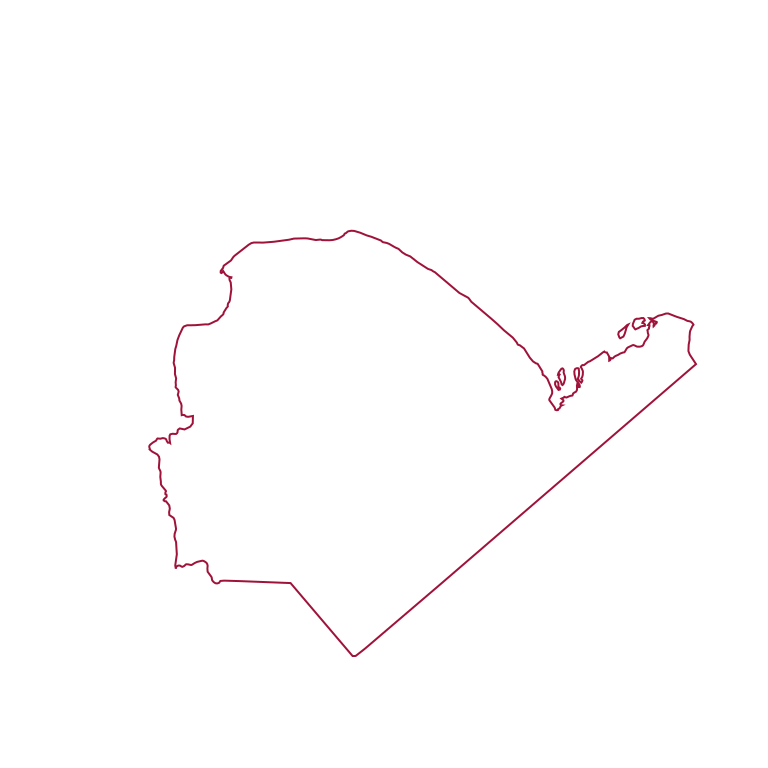 the border of Buenos Aires, rotated 231°
{"feature_id": "ARG-1295", "entity_name": "Buenos Aires", "entity_type": "Federal District", "adm_level": 1, "iso_a3": "ARG", "parent_name": "Argentina", "parent_adm1": "", "projection": "albers", "projection_center": [-60.531, -37.151], "detail": "fine", "context": "isolated", "style": "outline", "palette": "rose", "viewbox_px": 768, "rotation_deg": 231, "n_neighbors": 0, "source": "natural_earth", "source_scale": "10m", "svg_char_len": 6170}
<svg xmlns="http://www.w3.org/2000/svg" viewBox="0 0 768 768"><g transform="rotate(231 384 384)"><path d="M577.7,348.5L577.4,366.4L577.0,369.5L575.9,371.8L569.7,379.4L563.8,388.0L555.9,401.0L553.7,405.5L547.1,414.1L545.1,416.3L538.8,421.6L536.4,425.3L535.8,425.9L534.8,426.4L530.1,432.0L528.3,434.6L526.9,437.4L525.8,440.3L525.2,443.3L524.9,446.4L525.6,448.1L525.2,449.5L525.3,451.6L525.1,452.4L523.7,455.0L521.7,457.2L516.4,460.8L510.5,464.0L506.4,466.8L497.5,471.9L495.6,472.2L494.8,472.5L491.9,474.9L489.8,476.1L483.0,478.7L479.9,480.3L474.9,481.0L470.8,482.4L466.6,484.7L457.6,486.7L445.8,490.6L442.6,492.6L440.9,493.0L438.9,493.9L407.2,499.9L398.1,503.7L396.8,503.8L393.0,503.6L367.7,508.4L358.9,509.9L350.3,511.0L338.9,513.3L332.7,513.3L330.6,512.8L329.9,513.0L328.7,513.9L323.5,515.2L312.8,513.9L307.8,514.0L304.2,515.2L303.7,515.7L302.8,516.1L294.1,515.0L293.4,514.3L292.4,514.0L291.5,513.2L291.0,513.2L290.0,513.7L287.7,514.2L285.1,514.2L274.6,511.2L272.6,510.2L270.9,508.8L269.8,506.7L268.8,504.1L268.1,502.8L267.3,502.3L258.3,501.8L256.1,500.9L254.9,501.7L254.3,502.8L254.9,503.5L254.6,505.0L255.7,507.7L255.4,508.9L256.1,508.2L256.9,508.2L257.5,508.6L257.7,509.6L257.6,512.2L257.8,512.7L258.4,513.2L261.0,512.7L260.3,515.1L260.5,516.1L259.1,516.9L258.6,517.5L257.9,520.1L257.4,521.6L256.6,522.8L256.5,523.3L257.6,525.0L257.6,526.3L257.2,528.5L257.7,529.8L258.7,531.0L261.2,532.8L262.3,534.1L260.8,533.9L259.3,533.2L258.5,534.1L259.0,534.8L260.3,535.4L261.6,535.6L265.9,535.7L267.2,536.0L271.6,538.1L274.0,539.8L275.3,541.7L275.3,542.5L275.1,543.4L274.7,544.1L274.2,544.7L273.5,545.0L273.1,544.9L272.3,544.2L271.2,543.7L268.0,540.9L266.9,539.4L266.2,538.0L265.7,537.7L265.0,538.0L264.0,537.7L260.9,538.1L261.2,539.4L261.6,540.0L262.0,540.5L264.0,540.5L264.8,542.6L265.9,544.1L268.2,546.2L269.2,546.8L271.9,547.5L273.3,547.6L273.6,547.9L273.9,549.5L273.7,550.3L273.1,550.9L272.8,551.6L272.7,556.6L272.1,558.2L270.9,567.9L270.8,574.2L270.6,575.5L270.3,575.4L268.4,576.6L268.2,577.0L264.0,576.3L262.8,575.6L260.4,573.7L260.2,574.5L260.4,575.2L261.6,576.6L260.3,577.3L260.0,577.9L260.2,580.5L260.0,581.8L259.3,584.3L259.0,586.8L258.0,589.7L257.5,590.4L257.4,591.1L258.9,595.2L258.9,596.7L257.9,600.8L257.5,602.2L256.3,603.0L253.9,604.1L253.0,605.1L252.0,606.3L251.3,607.8L251.0,609.2L251.3,610.3L252.9,613.3L253.9,617.5L254.4,618.2L254.4,618.5L255.3,620.1L255.8,620.5L257.5,621.1L259.4,622.3L260.0,622.5L260.2,622.8L260.2,624.5L260.4,624.9L261.2,625.5L261.8,626.6L262.6,627.3L263.6,626.3L264.4,629.5L264.4,631.3L263.5,632.2L260.9,631.7L259.8,630.2L259.2,629.8L259.3,631.0L260.2,632.7L260.1,633.3L259.7,633.7L260.2,634.8L260.6,635.0L264.8,632.4L266.4,631.7L268.2,631.6L267.5,632.4L265.6,633.9L265.2,634.8L264.4,640.2L262.8,643.4L261.4,647.3L260.0,649.2L252.1,653.7L245.7,657.9L242.1,659.5L240.2,661.1L239.2,661.7L238.0,661.9L236.6,662.0L235.3,661.8L234.9,660.0L232.7,655.6L231.9,654.5L228.6,651.3L225.9,649.2L222.9,645.6L218.6,641.8L217.8,641.2L214.3,640.1L203.1,639.0L192.9,302.7L190.3,202.6L190.5,190.8L192.4,188.4L220.9,187.7L288.1,186.1L321.3,148.2L331.8,136.0L333.9,132.9L333.3,130.7L333.9,129.0L334.9,127.9L335.6,127.5L337.1,127.0L339.0,126.9L340.0,127.1L342.2,128.4L343.0,128.5L349.1,128.8L351.7,130.6L353.8,132.6L355.3,133.3L356.7,133.5L357.6,133.3L359.3,132.8L360.7,132.0L361.2,131.3L363.4,126.7L364.0,124.2L364.4,120.9L364.6,120.4L364.8,120.1L367.3,118.1L368.3,116.9L368.5,116.4L368.3,114.4L368.7,112.4L369.2,111.9L371.3,111.1L372.0,110.4L372.5,109.5L372.7,108.5L372.6,107.5L371.5,106.0L374.4,107.6L382.0,115.8L392.1,123.0L394.4,123.7L397.3,125.1L399.3,127.0L401.6,130.5L402.4,131.3L410.2,135.7L412.4,136.2L417.3,134.7L419.7,136.4L421.9,139.1L424.8,140.7L430.0,140.8L430.8,139.9L432.2,139.5L432.6,139.7L433.0,140.8L433.1,141.8L433.1,143.5L433.3,144.2L434.3,145.0L434.9,145.3L435.8,144.8L436.1,144.8L437.4,146.0L437.8,147.0L438.4,147.3L444.5,147.2L446.1,147.4L447.3,148.1L448.3,149.0L452.6,151.7L455.7,154.6L456.8,155.3L459.7,156.0L460.7,156.4L466.7,162.1L469.1,163.4L471.9,163.5L477.3,161.3L480.4,160.7L480.4,161.0L481.6,161.4L483.0,162.1L483.4,162.5L483.9,163.6L484.0,165.0L483.9,168.1L483.4,171.2L484.1,172.9L484.2,173.7L482.2,175.8L481.3,177.8L480.4,178.8L479.2,179.6L478.1,179.9L476.5,179.3L474.4,179.1L473.5,180.4L472.7,180.6L476.1,182.6L478.8,184.9L479.4,186.3L478.3,188.5L476.9,189.9L476.0,191.1L476.0,192.1L476.4,193.1L477.9,194.6L478.1,195.2L478.0,197.3L474.2,200.4L472.8,206.6L473.8,210.6L479.4,215.4L481.7,211.2L483.3,209.7L485.4,209.4L486.7,208.1L487.1,207.2L491.7,210.4L494.3,212.9L496.4,214.0L499.9,214.6L501.7,215.8L505.3,216.9L507.3,219.6L508.9,220.3L512.2,220.0L512.8,220.1L513.9,221.4L516.5,223.2L519.2,226.0L523.3,227.8L528.1,231.8L532.8,233.8L534.7,236.0L537.0,238.0L542.5,243.8L544.5,246.7L548.1,251.1L550.7,255.5L554.4,263.2L554.6,265.0L553.5,268.0L548.8,273.9L542.7,282.8L540.9,284.9L540.1,287.5L539.0,292.3L538.3,294.5L539.2,300.0L539.2,302.0L539.5,303.4L540.5,304.4L542.2,309.4L542.4,310.9L542.6,311.5L543.6,312.1L544.8,313.6L545.1,315.2L545.9,316.7L553.6,324.9L559.4,328.8L561.9,329.4L563.2,330.2L563.7,331.1L562.6,332.1L563.0,332.6L564.1,331.6L565.3,330.8L567.8,329.9L569.2,329.7L572.9,330.1L572.4,328.4L572.6,327.4L573.4,327.2L574.6,328.2L575.5,332.0L576.8,333.9L576.3,342.8L577.5,346.8L577.7,348.5ZM269.3,613.6L270.7,613.8L272.6,613.8L274.1,615.3L276.2,619.2L275.8,621.3L274.2,623.3L273.2,625.6L272.0,627.1L270.5,627.2L269.2,626.6L269.5,624.5L268.9,623.2L267.4,624.2L265.9,624.2L265.0,623.3L265.9,622.1L267.0,620.0L267.3,617.2L268.3,613.7L269.3,613.6ZM281.5,525.3L281.7,525.0L282.1,525.5L283.0,527.0L284.0,530.5L284.2,531.6L283.7,532.6L282.6,532.7L281.4,532.3L279.7,530.7L276.2,529.5L274.9,528.7L273.9,527.8L271.6,524.5L270.9,523.1L270.9,522.0L271.9,521.8L274.0,522.8L279.5,524.0L280.7,525.8L280.8,526.5L281.1,526.5L281.3,526.1L281.5,525.3ZM270.9,596.3L272.0,596.2L275.2,597.3L276.7,599.3L276.5,602.4L276.5,606.3L276.8,610.2L276.5,611.3L275.3,608.0L274.0,606.3L271.5,602.6L270.2,599.9L270.9,596.3ZM271.5,517.4L270.7,518.2L269.6,518.1L269.0,517.2L269.6,515.9L274.0,516.1L276.0,516.7L277.7,518.1L278.0,519.0L277.6,519.8L276.7,520.2L275.7,520.3L274.6,519.8L271.5,517.4Z" fill="none" stroke="#9f1239" stroke-width="2"/></g></svg>